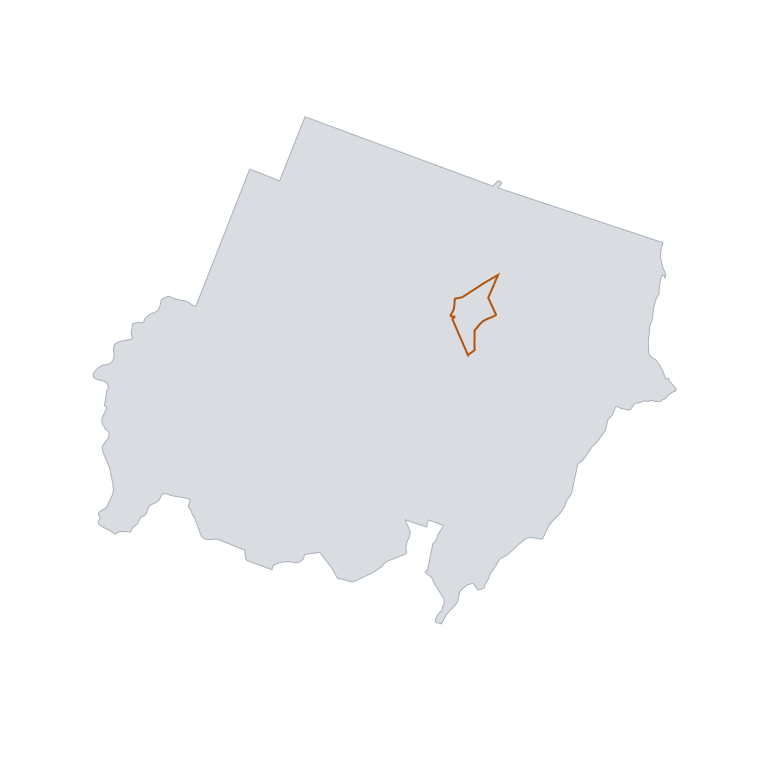 Merwoe, Northern, Sudan (highlighted), rotated 19°
{"feature_id": "16777658B43097500879952", "entity_name": "Merwoe", "entity_type": "district", "adm_level": 2, "iso_a3": "SDN", "parent_name": "Sudan", "parent_adm1": "Northern", "projection": "orthographic", "projection_center": [32.145, 18.369], "detail": "fine", "context": "in_parent", "style": "outline", "palette": "amber", "viewbox_px": 768, "rotation_deg": 19, "n_neighbors": 0, "source": "geoboundaries", "source_scale": "gbopen_adm2", "svg_char_len": 5003}
<svg xmlns="http://www.w3.org/2000/svg" viewBox="0 0 768 768"><g transform="rotate(19 384 384)"><path d="M516.5,592.1L510.2,592.2L509.5,590.7L509.6,586.6L510.3,583.5L512.6,578.5L512.0,575.8L512.3,572.0L510.6,567.6L495.3,555.2L492.4,551.7L484.2,548.6L485.6,545.0L482.2,519.1L483.8,516.2L484.2,511.6L484.2,507.6L486.1,501.0L486.3,498.2L470.2,498.1L470.0,500.9L470.8,504.1L470.8,505.4L448.3,505.5L457.3,515.7L457.7,520.1L457.2,525.6L457.4,529.2L457.9,531.5L460.3,536.1L460.1,536.9L459.6,538.0L443.6,551.5L440.9,557.8L438.8,561.0L434.2,566.6L419.5,580.9L417.1,581.8L406.0,582.3L404.9,582.6L404.0,583.3L403.6,583.1L394.1,574.6L378.1,564.2L367.5,569.4L364.6,571.3L364.5,576.2L362.9,578.7L360.0,581.3L352.2,582.9L348.1,584.4L343.2,587.0L338.4,591.5L338.1,593.9L338.6,596.1L311.5,595.4L309.8,593.7L306.0,586.0L303.2,586.4L278.6,584.9L275.1,585.6L268.0,588.5L264.5,588.9L260.9,587.4L248.2,571.9L245.5,570.1L242.6,566.4L239.9,564.7L239.0,563.6L238.7,561.9L238.9,558.7L238.0,556.6L236.0,556.0L218.6,558.9L216.2,558.4L212.5,558.9L211.3,559.4L209.8,561.3L209.4,565.4L208.9,567.5L207.6,569.7L202.5,574.6L201.4,576.7L201.5,582.4L201.1,585.2L200.3,586.4L198.1,588.5L197.3,589.7L196.3,596.8L193.5,601.1L192.9,602.6L192.7,605.7L192.2,606.6L184.3,608.7L181.4,610.2L179.5,612.6L179.1,613.6L175.7,612.6L171.5,611.7L163.3,610.6L160.1,609.3L158.6,607.5L159.2,603.2L158.4,602.2L157.1,601.4L156.3,599.5L156.5,597.2L160.9,592.4L161.9,589.8L163.3,577.3L163.1,573.4L159.9,566.2L152.4,553.6L150.6,551.1L141.1,540.6L140.0,539.1L137.8,534.7L140.7,525.5L140.9,523.0L140.4,520.3L138.0,518.1L135.8,517.8L133.0,515.2L131.1,513.9L129.6,511.7L128.5,508.5L129.7,497.6L129.2,496.1L126.7,495.6L126.2,494.7L126.4,492.6L125.3,486.3L123.9,481.1L124.9,478.3L122.9,474.2L119.1,472.3L111.3,473.2L108.9,472.8L107.3,472.0L106.2,470.5L105.7,468.8L106.3,466.3L108.7,461.7L111.6,458.0L117.2,454.9L118.8,453.1L119.7,451.1L120.0,448.7L119.7,446.2L119.2,443.9L117.6,440.7L116.3,437.1L116.4,434.7L117.1,433.0L118.7,431.0L124.4,427.3L130.1,424.2L131.1,423.0L130.8,421.6L128.4,418.7L127.8,413.2L126.5,409.4L129.5,406.7L131.6,405.8L134.9,405.1L136.3,404.0L136.8,401.8L136.7,399.6L138.0,398.0L139.7,394.7L141.1,393.2L145.5,389.3L146.6,386.8L146.9,384.3L146.1,376.6L148.7,373.5L152.0,371.0L156.5,371.4L163.6,371.2L168.4,370.3L171.8,370.5L179.6,372.3L180.4,371.7L180.9,369.7L187.1,224.5L218.8,225.9L219.2,225.7L222.3,157.1L420.9,161.5L422.5,161.3L425.7,154.9L427.0,154.4L429.1,154.8L429.8,156.3L428.1,161.5L601.7,159.6L602.3,167.4L603.9,173.7L609.2,182.5L613.5,187.2L615.1,189.8L615.3,191.1L615.1,192.2L613.8,190.9L611.6,190.1L611.4,194.3L612.7,202.9L614.7,208.9L613.6,214.5L614.0,223.9L616.6,235.2L616.4,242.4L620.5,259.2L624.4,268.5L626.4,270.7L628.7,271.9L632.9,272.5L639.3,277.1L644.4,282.0L646.3,284.6L648.8,287.4L650.4,286.8L651.4,286.0L653.1,288.3L661.1,293.0L662.3,295.3L659.6,297.7L656.5,301.8L655.0,305.5L654.2,306.7L651.6,309.1L651.2,310.2L650.1,311.0L648.9,311.1L646.2,312.4L643.8,312.1L641.4,312.9L640.5,313.8L638.6,314.6L635.9,315.1L631.9,318.3L628.4,320.0L627.2,321.2L625.5,327.5L624.1,329.1L618.8,329.4L616.2,330.0L612.7,329.5L610.9,329.6L610.5,330.9L610.0,336.2L610.2,338.5L607.3,344.7L608.4,356.0L605.7,364.5L605.4,366.5L602.6,373.2L601.1,375.8L597.7,388.4L596.3,392.3L593.2,396.4L597.0,426.5L594.5,435.8L594.7,440.8L592.9,448.3L591.5,451.7L589.2,455.9L587.2,460.6L585.5,466.7L584.5,478.3L584.0,479.4L574.4,481.0L571.4,481.9L569.3,483.2L566.9,486.2L562.1,494.4L559.5,499.4L555.6,506.3L550.9,511.2L549.9,513.6L549.2,517.9L547.5,524.8L546.0,529.8L546.3,533.7L544.9,540.5L545.1,543.9L543.5,545.7L541.3,547.5L539.7,548.0L533.0,543.5L528.2,546.7L525.3,551.2L523.0,555.7L524.4,565.1L524.3,567.2L523.6,569.4L519.2,578.7L517.9,583.0L516.6,590.4L516.5,592.1Z" fill="#d9dde1" stroke="#a8b0b8" stroke-width="1"/><path d="M454.0,329.3L454.0,329.2L454.4,328.7L454.9,327.9L456.7,325.3L457.0,324.9L457.5,324.2L458.7,322.4L456.6,317.1L456.1,315.6L455.3,313.1L454.2,309.6L453.4,307.4L452.7,305.2L452.5,304.6L452.1,304.3L452.2,304.0L452.4,303.4L452.8,302.5L453.1,301.8L453.2,301.4L453.4,300.9L454.0,299.5L454.2,298.7L454.5,298.0L454.8,297.2L454.7,297.2L455.4,295.8L455.8,295.0L456.1,294.4L456.5,293.6L456.6,293.4L457.2,292.3L458.6,290.8L459.2,290.2L460.8,288.6L461.7,287.7L464.1,285.8L464.6,285.3L465.2,284.6L466.0,283.8L467.4,282.3L467.4,282.1L467.1,281.8L466.8,281.4L466.2,280.8L463.4,277.9L461.3,275.7L460.6,275.0L459.5,273.8L458.8,273.1L458.6,272.9L458.4,272.6L458.1,272.3L457.6,271.8L457.0,271.2L455.8,269.9L455.1,269.1L454.5,268.6L454.6,267.9L454.6,267.7L455.0,261.7L455.1,260.8L455.2,260.1L455.2,259.3L455.3,257.7L456.1,246.7L456.3,243.8L455.0,245.3L446.3,255.3L444.3,257.8L439.9,263.5L436.7,267.6L436.4,268.0L434.2,270.8L430.5,275.5L430.1,276.0L429.7,276.5L423.3,280.3L424.1,283.6L424.9,286.9L425.7,290.5L424.6,297.7L425.0,298.0L425.8,298.2L426.8,298.0L427.1,297.7L427.8,297.7L428.2,297.5L428.6,297.3L428.9,297.6L428.9,298.1L428.0,298.9L427.6,300.5L433.2,306.6L437.7,311.6L453.3,328.6L454.0,329.3Z" fill="none" stroke="#b45309" stroke-width="2"/></g></svg>